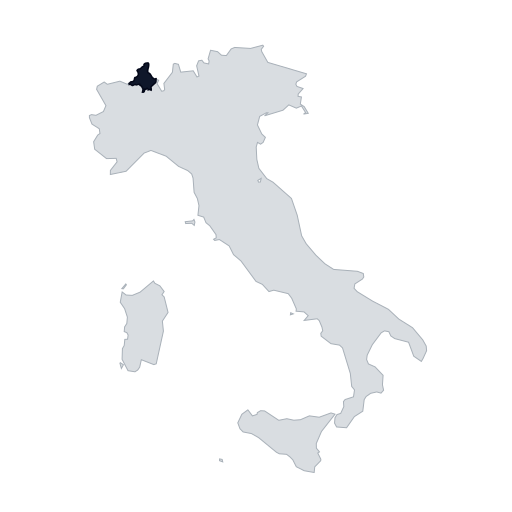 Italy, with Verbano-Cusio-Ossola highlighted, rotated 5°
{"feature_id": "ITA-5437", "entity_name": "Verbano-Cusio-Ossola", "entity_type": "Province", "adm_level": 1, "iso_a3": "ITA", "parent_name": "Italy", "parent_adm1": "", "projection": "mercator", "projection_center": [8.313, 46.111], "detail": "fine", "context": "in_parent", "style": "filled", "palette": "ink", "viewbox_px": 512, "rotation_deg": 5, "n_neighbors": 0, "source": "natural_earth", "source_scale": "10m", "svg_char_len": 5098}
<svg xmlns="http://www.w3.org/2000/svg" viewBox="0 0 512 512"><g transform="rotate(5 256 256)"><path d="M89.6,95.9L92.9,97.9L105.2,93.7L112.7,96.1L118.8,92.0L122.8,85.8L121.9,81.0L131.8,73.4L132.8,82.1L138.3,87.9L143.7,89.4L142.4,92.9L147.7,100.1L149.8,99.4L150.5,98.1L149.2,92.1L156.7,80.3L156.9,72.1L158.3,71.2L162.0,71.8L165.0,79.4L177.3,77.0L181.6,82.8L183.5,81.7L180.3,71.7L181.8,66.6L185.0,65.7L187.3,68.2L192.1,68.8L192.3,65.8L191.1,63.8L192.8,55.0L199.9,55.8L204.1,59.0L209.0,58.9L213.2,51.9L216.6,50.1L232.5,49.7L244.4,45.4L245.3,46.4L243.2,49.7L243.9,51.9L250.9,62.1L290.4,70.1L289.7,72.6L281.3,79.0L280.7,81.4L282.0,83.5L288.3,85.1L283.9,91.0L284.0,93.3L287.4,93.6L286.9,100.8L291.0,103.0L295.6,109.3L291.0,110.5L292.9,108.8L288.2,102.6L283.3,105.2L275.5,102.6L270.2,108.4L252.3,115.6L255.4,112.3L254.0,112.3L247.5,116.6L246.0,125.3L251.1,133.9L255.0,137.0L253.2,142.2L250.8,144.2L247.6,142.7L246.7,147.4L248.4,159.7L251.2,168.4L260.0,178.0L266.5,181.0L286.3,195.6L293.5,211.8L299.7,231.9L304.9,239.4L315.6,250.0L325.4,257.8L334.5,262.6L358.4,262.4L364.4,264.1L365.2,267.5L364.0,269.7L356.9,275.2L356.5,279.6L359.9,282.7L376.1,290.8L392.6,297.6L403.8,306.4L418.2,313.8L429.4,325.0L433.4,330.9L434.2,335.5L431.4,343.4L429.9,346.6L421.9,342.1L415.5,328.6L401.4,326.2L397.3,323.9L394.9,319.8L390.5,319.4L387.4,321.6L379.6,334.2L375.4,345.1L375.2,349.5L377.4,353.7L384.3,356.1L393.0,363.8L393.2,373.3L394.8,378.6L392.5,381.7L388.1,380.9L382.2,382.8L378.0,386.3L376.3,389.6L375.9,401.3L368.0,407.4L361.2,419.2L351.2,419.3L348.8,415.6L348.8,410.2L350.5,406.9L354.1,405.4L356.6,398.4L355.8,393.4L357.3,391.2L365.4,387.8L365.8,380.8L362.7,377.6L360.2,364.8L350.2,340.0L347.0,337.5L338.3,336.8L327.9,330.2L327.3,327.4L329.0,324.7L327.9,321.1L324.6,314.8L322.4,313.2L309.6,316.0L313.2,310.9L308.7,307.5L300.7,307.5L300.8,305.2L295.2,294.9L291.4,290.7L276.7,288.5L272.0,290.3L264.8,283.7L258.2,281.3L241.5,262.3L233.5,256.6L228.4,248.3L218.1,242.8L213.5,244.1L212.3,243.0L214.8,241.4L214.3,238.2L207.3,229.9L203.3,227.2L200.5,221.8L194.6,220.5L194.8,210.8L192.6,203.9L188.8,198.0L186.5,183.9L184.8,179.9L180.6,176.9L171.1,173.5L157.8,164.4L142.1,160.0L135.6,163.2L119.2,182.9L103.8,187.5L103.5,183.4L109.4,174.3L108.2,170.9L98.6,172.0L86.0,163.7L84.3,156.3L87.8,149.3L89.9,147.6L88.8,142.9L81.1,138.9L78.0,132.7L77.8,130.6L79.8,129.5L84.3,129.8L91.4,125.4L93.4,119.3L82.7,103.9L83.1,100.7L89.6,95.9ZM253.9,181.9L254.4,178.2L251.2,180.5L252.1,182.2L253.9,181.9ZM348.5,406.7L336.5,425.1L332.4,437.5L332.9,442.2L336.3,445.6L334.7,446.9L338.3,452.8L338.3,454.3L332.9,460.9L332.8,466.6L322.7,465.7L314.5,462.4L310.4,455.8L307.2,453.1L303.7,450.9L296.5,451.0L293.4,449.7L274.4,436.7L267.0,433.3L258.5,432.4L255.1,429.5L252.4,423.8L255.7,414.9L261.3,410.0L266.4,415.6L270.8,413.7L271.0,411.9L274.1,409.7L278.1,409.6L293.0,417.7L300.9,415.4L308.0,416.3L314.6,415.2L323.1,410.6L333.0,411.1L344.4,405.8L348.5,406.7ZM168.1,304.8L173.3,319.9L168.4,329.0L170.3,338.9L166.0,372.1L163.7,373.1L150.8,369.3L149.8,376.9L148.1,379.9L145.5,381.9L138.5,381.4L131.6,370.6L131.0,359.9L132.5,356.7L132.6,350.5L135.3,350.1L135.5,345.9L134.0,343.6L131.3,342.8L131.3,338.1L133.2,334.5L133.2,328.1L129.7,319.9L124.8,313.9L125.8,303.5L130.0,306.2L136.2,306.0L143.7,302.1L156.0,289.8L157.6,292.0L162.8,294.1L167.6,299.4L165.7,302.8L168.1,304.8ZM191.0,225.0L192.2,227.5L191.8,230.9L189.2,229.0L183.1,229.8L182.5,228.0L189.9,226.5L191.0,225.0ZM133.4,375.9L131.7,379.8L129.8,374.7L130.1,374.1L133.4,375.9ZM129.4,296.0L126.7,300.3L125.2,300.2L128.7,295.2L129.4,296.0ZM240.8,464.0L237.5,463.1L237.4,461.3L240.0,461.6L240.8,464.0ZM298.2,310.4L295.4,311.6L295.5,309.5L298.2,310.4Z" fill="#d9dde1" stroke="#a8b0b8" stroke-width="1"/><path d="M114.5,95.3L115.2,95.3L115.2,94.5L115.6,93.9L116.0,93.5L118.1,93.0L118.4,92.9L118.6,92.8L119.0,92.3L119.0,92.2L119.3,91.5L119.4,91.4L119.5,90.2L119.5,89.7L119.6,89.2L119.8,88.8L120.1,88.6L120.7,88.5L121.1,88.4L122.4,87.2L123.0,85.8L122.9,84.2L122.1,82.5L121.4,81.9L121.3,81.7L121.4,81.4L121.7,80.9L122.3,80.3L122.9,80.0L124.2,79.8L124.8,79.3L126.3,77.4L127.2,76.9L127.5,76.7L127.8,76.3L128.0,75.9L128.0,75.5L127.8,75.3L127.7,75.1L127.9,74.6L128.6,73.9L129.4,73.5L130.7,73.2L131.1,73.1L131.9,73.2L132.3,73.8L132.5,74.8L132.5,76.1L132.4,77.4L131.9,79.6L131.8,80.8L131.9,81.8L132.2,82.5L132.8,83.0L133.6,83.3L134.4,83.7L135.2,84.6L137.1,87.4L137.4,87.6L138.0,87.8L139.4,88.6L139.9,88.6L140.2,88.5L140.6,88.1L140.8,88.0L141.0,88.0L141.1,90.7L141.1,91.0L141.1,91.3L140.9,91.8L140.8,92.0L140.7,92.2L136.9,96.3L136.7,96.6L136.7,96.9L136.8,97.6L137.0,98.4L137.2,99.7L137.1,100.0L135.7,99.5L135.3,99.4L134.3,99.8L134.1,99.9L134.0,99.4L133.6,98.9L133.2,98.6L132.9,98.4L132.6,98.6L131.9,99.5L131.5,99.7L131.4,99.7L131.0,99.4L130.8,99.3L130.5,99.6L130.4,100.0L130.5,100.8L130.4,101.4L130.3,101.9L130.0,102.3L129.6,102.6L128.6,102.7L128.9,100.2L128.7,99.0L128.1,98.4L127.2,96.8L126.0,96.3L125.4,95.9L125.3,95.1L124.7,95.0L121.8,96.0L121.5,96.0L120.9,95.6L120.6,95.6L120.3,95.7L118.3,96.9L117.8,96.9L116.0,96.0L115.4,95.9L114.7,96.2L114.5,95.3Z" fill="#0f172a" stroke="#020617" stroke-width="1.5"/></g></svg>